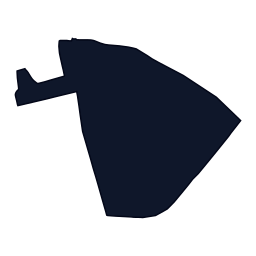 Ismailiyya 3, Al Isma`iliyah, Egypt
{"feature_id": "37247803B16335235875864", "entity_name": "Ismailiyya 3", "entity_type": "district", "adm_level": 2, "iso_a3": "EGY", "parent_name": "Egypt", "parent_adm1": "Al Isma`iliyah", "projection": "equal_earth", "projection_center": [32.273, 30.612], "detail": "fine", "context": "isolated", "style": "filled", "palette": "ink", "viewbox_px": 256, "rotation_deg": 0, "n_neighbors": 0, "source": "geoboundaries", "source_scale": "gbopen_adm2", "svg_char_len": 1650}
<svg xmlns="http://www.w3.org/2000/svg" viewBox="0 0 256 256"><path d="M240.6,120.6L240.3,120.3L239.9,119.9L216.3,97.2L183.3,75.5L158.2,62.3L151.9,58.8L147.5,55.8L140.3,51.4L136.2,48.9L133.1,48.1L128.3,47.1L119.4,45.9L108.5,45.0L104.9,44.5L100.2,43.1L94.7,40.9L93.1,40.4L90.8,40.0L88.0,39.9L79.6,39.9L78.4,39.8L77.3,39.8L76.6,39.7L76.3,39.3L76.1,39.1L75.5,38.9L73.5,39.0L72.4,38.5L71.5,40.8L69.5,40.9L68.3,40.7L67.5,40.7L67.2,40.5L60.7,40.5L60.3,40.5L59.9,40.6L59.3,41.0L59.3,41.3L59.2,41.6L59.0,44.2L58.9,46.4L59.1,48.8L59.4,52.2L59.6,53.7L60.7,58.8L62.3,66.0L63.3,70.1L63.9,73.1L64.5,75.8L64.3,76.0L64.2,76.2L58.6,77.8L50.2,80.2L44.9,81.8L38.6,83.4L37.5,83.4L37.1,83.3L36.7,83.1L36.0,82.5L34.0,80.9L32.6,79.5L31.8,78.5L30.7,76.9L29.2,74.5L28.0,72.5L26.6,70.7L25.3,69.4L25.1,69.0L24.9,68.7L19.7,70.2L17.1,71.0L17.1,71.6L17.1,72.1L17.4,77.9L18.4,86.0L18.7,88.7L18.5,89.2L18.4,89.6L17.8,90.2L16.7,91.3L15.8,92.9L15.4,94.2L15.4,94.9L15.5,95.8L16.0,98.0L16.7,100.7L17.5,104.5L17.7,105.1L17.9,105.6L32.0,102.3L47.3,98.7L54.8,96.8L62.6,94.9L70.1,93.1L76.7,91.5L77.6,96.3L78.2,100.5L78.9,105.2L79.3,108.1L80.1,114.1L81.4,123.0L82.4,129.8L82.6,131.2L82.7,131.6L82.8,132.0L85.4,140.9L88.0,149.9L90.6,158.8L93.1,167.8L94.3,171.8L95.8,176.7L98.4,185.7L100.9,194.5L103.4,203.3L105.8,211.6L106.6,214.6L106.8,215.2L107.1,215.3L107.3,215.4L107.8,215.5L111.7,215.8L116.1,216.1L120.1,216.3L131.1,216.9L133.9,217.2L140.0,217.3L142.7,217.5L155.5,215.5L163.3,211.2L167.3,208.9L174.1,202.0L186.0,187.6L188.6,184.4L192.7,179.1L198.3,173.5L199.2,172.4L205.3,165.0L216.9,150.8L228.5,136.4L230.9,133.0L240.6,120.6Z" fill="#0f172a" stroke="#020617" stroke-width="1.5"/></svg>